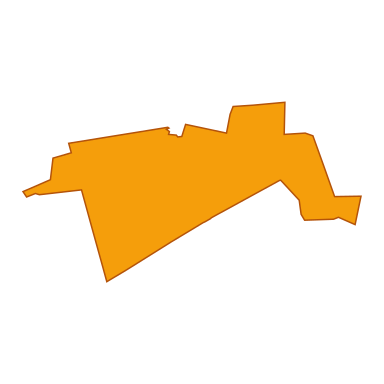 outline of Aconchi, Sonora, Mexico
{"feature_id": "50627088B4605568990121", "entity_name": "Aconchi", "entity_type": "district", "adm_level": 2, "iso_a3": "MEX", "parent_name": "Mexico", "parent_adm1": "Sonora", "projection": "natural_earth1", "projection_center": [-110.211, 29.784], "detail": "fine", "context": "isolated", "style": "filled", "palette": "amber", "viewbox_px": 384, "rotation_deg": 0, "n_neighbors": 0, "source": "geoboundaries", "source_scale": "gbopen_adm2", "svg_char_len": 806}
<svg xmlns="http://www.w3.org/2000/svg" viewBox="0 0 384 384"><path d="M102.9,267.4L106.8,281.7L127.0,269.6L171.2,241.9L203.2,222.6L205.0,221.8L210.6,218.6L211.3,217.8L211.5,217.7L216.0,215.2L279.4,180.5L280.7,180.2L299.2,200.2L301.1,214.3L304.6,220.2L333.6,219.2L338.4,217.3L338.5,217.3L355.1,224.6L361.0,196.2L334.6,196.6L323.5,165.3L312.9,135.8L305.2,133.1L284.2,134.4L284.9,102.3L253.0,105.2L233.1,106.5L230.1,114.3L229.8,115.9L226.5,133.1L187.5,124.8L187.2,124.8L187.1,124.7L186.9,124.7L185.6,124.4L181.8,136.5L179.6,136.7L178.9,136.8L177.7,136.9L176.3,135.1L168.6,134.4L169.4,131.6L166.4,129.3L168.9,128.1L167.8,127.3L68.7,143.3L71.3,152.8L53.0,158.1L50.4,179.7L23.0,191.6L26.6,197.0L35.4,193.5L39.4,194.7L81.5,189.9L91.9,227.7L102.9,267.4Z" fill="#f59e0b" stroke="#b45309" stroke-width="1.5"/></svg>